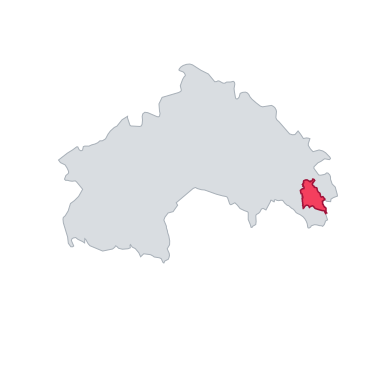 Nzerekore, Nzérékoré, Guinea shown in context, rotated 320°
{"feature_id": "49546643B90650861539484", "entity_name": "Nzerekore", "entity_type": "district", "adm_level": 2, "iso_a3": "GIN", "parent_name": "Guinea", "parent_adm1": "Nzérékoré", "projection": "natural_earth1", "projection_center": [-8.827, 7.893], "detail": "fine", "context": "in_parent", "style": "filled", "palette": "rose", "viewbox_px": 384, "rotation_deg": 320, "n_neighbors": 0, "source": "geoboundaries", "source_scale": "gbopen_adm2", "svg_char_len": 7431}
<svg xmlns="http://www.w3.org/2000/svg" viewBox="0 0 384 384"><g transform="rotate(320 192 192)"><path d="M229.4,251.1L226.8,250.6L225.6,251.2L222.0,256.0L219.9,257.9L216.6,257.3L215.4,257.7L214.5,257.1L215.7,254.5L217.4,249.2L221.8,244.0L221.9,242.9L220.1,239.8L218.2,235.6L218.3,231.1L217.9,227.8L214.0,226.9L213.3,226.4L213.2,225.3L215.4,219.7L215.6,218.5L215.3,217.5L213.0,214.7L209.3,209.4L202.9,198.5L200.6,196.2L198.3,192.8L197.5,190.7L195.1,190.0L173.0,190.1L172.5,192.9L164.9,194.9L160.2,192.7L155.0,193.9L152.4,195.4L150.4,201.7L149.3,203.1L148.2,206.0L147.2,207.5L146.0,210.7L143.5,215.1L140.9,218.0L136.5,219.6L135.1,224.3L134.0,226.1L132.3,227.4L130.5,228.3L126.9,227.4L124.8,228.3L124.5,227.1L125.6,223.3L124.7,221.4L121.3,217.5L120.9,215.7L119.9,213.3L115.3,208.3L111.0,208.6L112.2,204.4L112.2,198.9L110.8,195.8L111.1,192.7L110.3,192.9L108.9,195.1L106.6,194.4L101.9,191.1L99.6,187.9L99.4,185.2L98.8,184.1L97.4,184.7L94.5,184.6L85.6,179.8L79.3,167.6L79.2,164.8L80.1,160.1L79.9,158.8L77.0,162.0L76.4,159.8L74.2,155.0L73.6,152.1L71.5,150.9L69.8,150.7L68.4,151.6L66.7,157.3L65.4,157.3L64.0,156.1L64.3,151.8L67.8,146.5L73.6,133.0L75.7,129.9L77.0,128.8L79.7,128.7L85.0,126.9L91.5,122.7L96.4,123.0L102.3,122.5L110.0,119.6L110.1,110.5L109.8,108.5L107.1,106.7L105.6,105.1L104.2,103.1L102.6,101.7L102.6,100.2L106.0,98.3L109.1,98.3L110.2,97.6L110.9,96.3L111.8,93.0L112.2,89.6L110.1,84.9L110.3,81.7L121.5,82.1L127.6,83.0L132.7,83.3L133.5,84.0L132.7,87.2L133.4,89.1L135.1,89.6L137.9,87.4L139.4,87.9L142.5,90.6L145.4,91.4L148.6,92.9L151.6,93.7L154.3,93.6L156.3,95.2L160.0,95.7L164.9,93.7L168.7,92.8L174.0,92.6L176.8,93.3L184.9,91.7L191.3,92.6L190.3,93.6L187.4,100.9L187.7,102.2L194.2,108.3L195.7,108.8L197.5,107.9L200.3,105.1L202.5,102.0L204.6,100.5L207.1,100.6L209.1,102.8L213.7,111.9L214.8,113.0L215.9,113.0L218.0,111.3L219.0,109.3L223.3,103.3L229.9,100.3L245.7,107.2L248.0,107.7L249.3,107.2L251.3,103.1L257.2,99.7L260.1,98.7L261.7,98.6L262.3,97.5L262.6,95.8L262.3,94.1L260.5,91.0L260.4,90.1L261.5,89.5L263.7,89.1L266.6,89.4L269.9,90.7L272.6,92.6L274.1,94.9L277.1,104.5L280.4,112.1L280.3,122.1L281.7,123.2L283.4,123.6L284.1,124.4L285.7,128.5L287.2,129.8L289.1,130.0L292.5,132.7L294.7,133.7L295.0,134.5L294.9,135.6L294.0,137.0L290.7,139.8L289.1,142.2L285.8,147.9L285.7,149.0L286.4,149.8L287.8,149.9L289.3,149.5L292.3,147.4L294.8,148.2L297.1,149.8L298.0,151.4L298.2,153.6L297.6,156.4L297.6,159.5L298.4,164.8L299.6,170.2L300.8,172.1L308.6,176.8L309.3,178.6L309.7,180.5L309.2,183.2L308.4,184.7L304.1,188.9L303.4,190.9L303.8,194.6L304.1,210.2L305.8,212.8L307.8,214.2L312.5,213.4L312.3,217.8L311.7,222.6L314.4,224.1L315.8,225.6L316.6,227.0L312.3,229.6L311.0,231.1L310.4,235.1L310.6,238.9L316.4,241.5L318.6,244.7L319.6,247.9L320.0,254.1L319.5,255.5L318.0,255.5L315.0,251.8L310.5,251.4L307.2,250.6L301.6,251.1L300.6,252.2L300.0,260.4L301.3,261.8L304.0,263.3L305.7,264.0L307.2,263.8L308.3,264.8L308.5,267.5L307.8,269.5L306.3,271.3L304.5,276.0L304.9,280.3L301.7,287.2L300.8,288.6L296.7,287.2L293.9,286.8L292.0,288.5L289.2,285.8L288.7,283.7L287.8,283.3L285.9,283.3L284.2,284.4L283.5,286.6L283.1,291.0L280.1,295.2L277.9,300.5L275.4,300.0L274.9,300.6L272.3,302.0L270.0,302.3L269.4,300.9L268.1,299.8L266.6,297.6L264.9,295.8L261.7,294.6L260.4,295.1L258.9,295.0L257.9,294.3L258.1,293.2L259.8,290.5L260.7,288.0L261.2,285.2L261.2,282.6L260.3,279.0L258.9,276.0L258.5,274.4L258.7,272.0L258.4,269.7L257.9,268.6L257.2,264.3L256.4,263.5L255.9,260.2L256.1,256.7L254.8,255.4L252.9,254.4L251.7,253.0L251.0,251.5L250.3,251.1L249.7,251.2L249.1,252.1L248.5,252.3L247.4,249.1L246.9,248.9L246.1,249.7L237.1,253.3L235.9,250.2L234.2,249.7L231.2,250.9L229.4,251.1Z" fill="#d9dde1" stroke="#a8b0b8" stroke-width="1"/><path d="M276.4,260.4L276.1,260.4L275.9,260.6L275.7,260.9L275.6,261.2L275.4,261.7L275.3,261.8L275.1,262.1L274.9,262.3L274.9,262.7L274.7,263.0L274.5,263.5L275.0,263.9L275.1,264.0L275.0,264.3L274.8,264.7L274.7,264.9L274.5,265.2L274.3,265.5L274.2,265.9L273.8,265.8L273.7,265.9L273.8,266.3L273.8,266.7L273.8,266.9L273.7,267.1L273.6,267.3L273.4,267.4L273.0,267.6L272.8,267.7L272.7,267.9L272.4,267.8L272.3,267.6L272.1,267.8L271.9,268.1L271.7,268.5L271.6,268.9L271.4,269.2L271.0,269.6L270.9,269.6L270.5,270.1L270.4,270.5L269.7,271.7L269.5,271.8L269.3,272.0L269.1,272.3L269.0,272.6L269.0,272.8L268.9,272.9L268.7,273.3L268.2,273.3L268.0,273.9L267.8,274.4L267.6,274.6L267.5,274.9L267.1,275.4L266.8,275.7L266.7,276.0L266.8,276.0L267.0,276.0L267.4,276.1L267.6,276.0L267.8,276.0L268.0,275.9L268.3,275.8L268.4,275.7L268.6,275.7L268.9,275.6L269.2,275.5L269.5,275.5L270.0,275.5L270.3,275.5L270.5,275.5L270.8,275.6L271.0,275.6L271.5,275.9L271.7,276.2L271.9,276.4L272.1,276.7L272.3,277.0L272.4,277.4L272.4,277.7L272.3,278.0L272.3,278.4L272.2,278.6L272.1,278.9L272.0,279.3L272.5,279.3L273.0,279.3L273.6,279.3L273.9,279.5L274.2,279.5L274.4,279.6L274.7,279.7L275.0,279.8L275.4,280.0L275.6,280.3L275.6,280.5L275.6,280.8L275.7,281.1L275.8,281.6L275.8,281.8L275.8,282.0L275.7,282.1L275.8,282.5L275.7,283.0L275.7,283.3L275.8,283.8L275.9,284.1L276.1,284.3L276.2,284.5L276.3,284.6L276.5,285.0L276.8,285.5L277.0,285.9L277.2,286.2L277.5,286.5L277.6,286.8L277.8,287.0L278.1,287.4L278.1,287.5L278.3,287.6L278.4,287.8L278.5,288.1L278.8,288.5L279.0,288.7L279.3,289.2L279.5,289.6L279.7,289.8L280.0,290.1L280.2,290.4L280.5,290.6L280.7,290.8L281.0,291.1L281.2,291.5L281.2,291.8L281.1,292.2L281.0,292.5L280.9,292.8L280.8,293.0L280.6,293.3L280.7,293.6L280.7,294.0L280.6,294.3L280.6,294.6L280.8,294.6L280.9,294.8L280.9,294.7L281.0,294.6L281.3,294.5L281.4,294.4L281.5,294.4L281.7,294.5L281.7,294.4L281.8,294.0L281.9,293.4L281.9,293.2L282.0,292.9L282.5,292.7L282.9,292.1L283.6,291.3L284.0,290.9L284.2,290.5L284.3,290.3L284.2,290.1L284.1,289.7L284.1,289.4L284.1,289.0L283.9,289.0L283.7,288.8L283.8,288.5L284.0,287.5L284.1,287.1L284.1,286.8L284.4,286.1L284.4,285.8L284.3,285.6L284.3,285.4L284.3,285.2L284.5,285.0L284.5,284.9L285.0,284.6L285.3,284.0L285.6,283.3L285.7,283.1L285.8,283.0L285.9,282.9L286.6,283.0L288.0,283.0L289.0,283.1L289.2,282.9L289.3,282.8L289.2,281.1L289.3,280.4L289.3,279.7L288.9,279.4L288.3,279.2L287.8,279.0L287.7,278.2L287.9,277.5L288.5,276.9L288.5,276.5L288.6,276.3L288.7,275.9L289.0,275.7L289.1,275.3L289.2,274.8L289.1,274.5L288.8,273.9L288.7,273.4L288.8,272.8L288.9,272.0L289.1,271.3L289.7,270.1L290.2,269.5L290.1,268.8L289.8,268.3L289.2,267.5L288.8,267.3L288.7,267.0L289.0,266.5L289.2,266.1L289.1,265.9L289.0,265.6L288.9,265.3L288.8,264.8L288.8,264.4L289.0,264.0L289.1,263.5L289.3,263.1L289.9,263.1L290.3,262.5L291.1,262.6L291.6,262.5L292.1,262.3L292.8,262.2L293.4,262.1L293.5,261.5L293.5,261.3L293.5,261.1L293.5,260.7L293.4,260.4L292.7,259.7L292.6,259.8L292.4,259.9L292.2,260.1L291.6,260.5L291.2,260.6L290.7,260.5L290.3,260.0L290.2,260.1L289.7,260.1L289.3,260.2L289.1,260.2L288.9,259.9L288.8,259.3L288.8,258.8L288.4,258.3L288.3,257.7L288.2,257.1L287.9,256.9L287.7,256.5L287.3,256.2L286.8,255.8L286.4,255.6L286.1,255.6L285.5,255.4L284.9,255.2L284.4,255.4L284.2,255.6L283.9,256.0L283.6,256.4L283.5,256.8L283.2,256.8L282.8,256.7L282.6,256.9L282.3,256.9L282.1,257.0L281.9,257.4L281.7,257.5L281.3,257.4L281.3,257.7L281.6,258.2L281.4,258.6L281.0,258.6L280.6,258.8L280.6,259.2L281.0,260.1L280.9,260.3L280.6,260.8L280.2,261.1L279.8,261.3L279.6,261.0L279.1,260.8L279.0,260.7L278.9,260.6L278.7,260.5L278.4,260.4L277.8,260.4L277.5,260.5L277.3,260.5L277.0,260.4L276.8,260.4L276.6,260.4L276.4,260.4L276.4,260.4Z" fill="#f43f5e" stroke="#9f1239" stroke-width="1.5"/></g></svg>